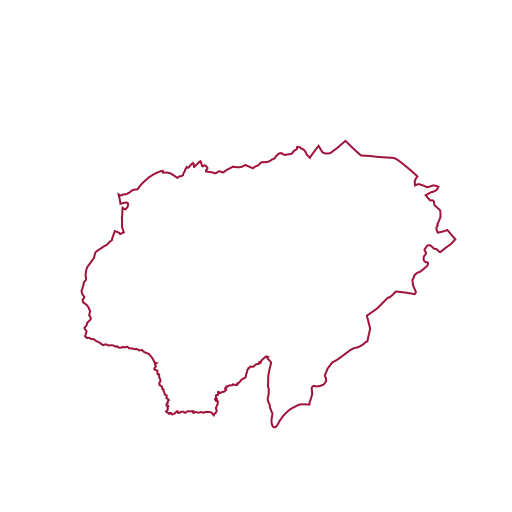 Tay Ninh, Tây Ninh, Vietnam, rotated 224°
{"feature_id": "81297802B48058598464830", "entity_name": "Tay Ninh", "entity_type": "district", "adm_level": 2, "iso_a3": "VNM", "parent_name": "Vietnam", "parent_adm1": "Tây Ninh", "projection": "mercator", "projection_center": [106.126, 11.366], "detail": "fine", "context": "isolated", "style": "outline", "palette": "rose", "viewbox_px": 512, "rotation_deg": 224, "n_neighbors": 0, "source": "geoboundaries", "source_scale": "gbopen_adm2", "svg_char_len": 6086}
<svg xmlns="http://www.w3.org/2000/svg" viewBox="0 0 512 512"><g transform="rotate(224 256 256)"><path d="M172.9,432.5L175.3,431.5L176.7,430.6L177.8,429.5L180.1,425.0L180.9,424.3L185.3,422.6L188.6,421.0L189.5,419.9L190.6,417.3L193.6,419.8L194.9,423.1L195.2,425.4L204.7,425.1L215.9,424.2L221.6,423.4L224.6,422.4L225.4,421.9L237.7,411.5L242.9,407.6L250.4,401.2L259.2,400.9L271.6,400.9L272.7,389.6L273.8,382.9L274.2,381.4L274.9,380.3L277.4,377.9L279.3,377.0L280.6,376.8L287.5,378.7L286.7,371.7L285.8,365.1L285.4,364.1L289.9,364.2L291.7,365.0L294.4,365.6L297.0,365.3L297.8,364.7L299.7,364.8L302.2,363.1L302.1,362.6L301.1,361.7L300.8,361.0L301.4,359.5L301.8,357.3L301.7,356.6L301.3,356.0L301.6,353.7L304.2,350.6L305.1,349.0L307.9,347.6L309.1,347.9L310.7,345.6L310.9,341.6L310.5,339.4L310.8,337.8L311.5,336.7L311.9,334.3L313.2,331.3L316.3,328.3L317.1,327.1L317.4,326.2L317.4,322.7L318.8,319.5L319.2,316.9L326.9,314.1L328.0,310.6L330.0,307.8L333.7,304.7L334.6,304.4L336.8,297.7L337.7,293.2L338.1,292.8L339.8,292.4L341.3,291.3L341.8,290.4L342.3,287.9L343.0,287.0L345.8,285.6L350.7,282.1L351.4,282.8L351.7,285.2L352.2,285.7L354.4,286.0L355.9,285.6L356.3,285.2L356.3,283.9L356.6,283.4L356.9,283.3L357.7,283.5L361.3,285.5L362.0,285.5L362.3,277.1L362.6,277.0L363.1,277.4L365.2,279.2L365.9,279.1L366.2,277.8L366.0,272.6L366.6,271.9L367.6,271.9L367.0,269.3L366.1,267.4L365.8,265.4L364.6,263.5L365.3,261.3L366.4,260.1L366.9,257.5L373.8,256.4L375.9,255.5L377.8,254.3L380.8,251.4L381.0,251.3L381.7,252.3L382.2,252.5L383.3,251.1L384.9,247.6L386.4,243.6L387.7,238.0L388.3,229.8L388.1,225.1L387.5,221.7L389.8,219.0L390.8,217.0L391.1,213.7L392.4,210.2L394.2,208.2L394.5,207.0L395.2,205.7L395.6,205.4L397.6,204.8L392.8,201.7L389.7,199.4L388.0,202.4L386.0,204.8L385.0,205.0L384.1,204.5L382.6,202.4L382.2,199.2L382.5,198.7L383.3,198.3L385.5,198.0L385.2,197.6L379.6,191.3L379.4,190.6L377.7,189.2L372.1,183.5L367.5,181.2L369.0,177.4L370.7,177.6L374.9,175.9L371.7,168.9L370.6,167.2L371.1,165.0L371.1,160.0L372.3,156.8L372.8,153.7L373.8,149.6L374.0,147.4L373.4,145.7L371.3,142.3L369.5,130.2L367.9,127.3L365.0,123.5L363.2,122.4L362.1,121.3L361.7,120.4L361.5,117.2L359.9,115.3L359.7,114.4L358.5,112.6L357.6,110.3L356.9,109.4L354.6,108.0L351.0,107.2L350.5,106.6L350.5,105.0L350.2,104.0L348.9,102.9L347.8,102.6L343.8,103.2L340.9,102.7L336.9,101.0L334.9,97.5L332.1,96.8L331.3,96.2L330.9,95.0L331.0,91.1L330.8,90.3L329.6,88.1L329.5,85.2L328.3,84.5L325.5,84.1L323.2,79.5L320.6,79.6L319.2,81.3L316.8,81.8L314.9,83.5L312.3,83.7L308.0,85.1L304.2,85.5L303.1,87.6L302.5,88.2L299.6,89.4L298.6,90.8L297.0,92.2L295.5,92.9L293.8,93.3L293.1,94.7L291.7,94.5L291.2,94.7L289.0,96.7L288.7,98.2L287.0,98.9L285.9,101.1L285.2,101.4L283.1,101.4L281.5,103.0L278.6,104.6L277.4,106.1L276.1,106.7L274.6,106.8L272.8,109.1L269.8,109.2L264.7,111.2L259.2,110.4L255.2,109.1L254.6,109.1L253.4,109.7L253.9,108.4L253.5,107.9L251.4,107.2L251.0,104.5L250.7,104.0L249.9,103.9L247.3,105.0L244.7,102.6L244.3,102.7L243.7,103.5L243.3,103.4L240.9,101.1L239.6,101.0L237.7,99.5L237.5,99.1L237.6,97.7L235.8,96.2L232.8,96.6L230.8,95.2L229.8,95.8L228.9,94.7L227.1,94.2L225.8,93.2L225.0,93.1L223.2,93.6L221.9,91.6L219.7,91.9L218.6,91.8L218.4,89.9L217.3,88.7L217.7,88.0L217.6,87.4L216.5,86.3L215.1,87.2L214.7,87.1L214.3,85.3L213.2,84.8L212.7,84.1L212.6,81.6L210.9,82.0L208.8,82.1L208.6,82.5L209.2,83.0L209.1,83.3L208.0,84.0L206.8,83.6L206.2,83.8L205.2,86.1L204.9,89.6L204.3,89.9L203.7,89.1L203.2,89.0L202.0,90.1L201.8,91.7L201.4,92.3L199.8,93.6L198.0,93.9L197.4,96.7L196.6,97.7L195.4,98.4L193.6,100.7L193.2,100.8L192.5,99.6L192.0,99.7L191.1,101.8L188.5,103.3L186.9,105.9L185.0,106.6L184.0,108.7L180.9,111.7L178.6,112.6L177.1,112.2L175.7,112.2L176.2,113.1L176.1,115.6L176.7,117.2L177.4,117.9L178.6,118.3L179.4,119.0L180.7,122.9L182.3,124.7L183.1,125.1L183.6,124.4L184.0,124.2L184.7,125.5L185.3,124.2L185.9,124.4L186.6,126.5L188.0,128.1L186.9,129.6L188.8,132.0L188.4,132.4L187.0,132.2L186.4,132.6L186.0,134.5L185.1,135.6L184.5,136.8L184.5,139.0L185.0,139.2L185.9,138.9L186.3,139.3L186.4,139.6L185.8,140.8L186.7,141.7L185.6,143.0L185.4,144.2L183.2,146.7L183.4,147.7L180.9,149.1L180.0,150.2L180.1,150.8L180.9,151.2L181.0,151.5L180.2,153.1L180.5,157.3L179.4,160.4L179.4,161.6L181.4,164.9L181.8,166.4L183.1,168.0L183.2,169.4L183.6,170.0L183.1,170.9L183.5,172.2L181.0,174.5L180.7,178.4L178.9,180.6L179.0,181.1L180.0,182.0L179.8,182.3L178.6,182.5L179.3,184.1L179.5,185.7L179.0,190.7L177.9,191.5L177.3,191.7L177.4,191.0L176.9,190.4L171.3,190.0L170.8,189.5L166.9,182.7L162.9,177.0L161.7,176.0L156.9,170.6L156.1,170.0L154.4,169.3L153.2,167.7L151.1,165.7L148.4,161.4L146.2,159.7L142.8,158.5L140.5,156.5L138.4,155.8L136.8,154.8L134.9,154.3L130.8,148.6L128.6,146.6L126.3,145.3L125.5,145.1L124.3,145.2L123.2,146.1L123.0,148.3L124.6,154.6L125.4,159.9L125.3,166.5L124.9,169.8L122.2,177.9L121.4,179.4L120.3,180.9L114.4,186.3L115.2,187.0L115.8,188.1L117.3,191.4L119.8,195.9L124.0,199.5L124.6,200.7L124.6,201.8L124.1,202.9L122.1,204.0L119.8,206.7L118.2,210.1L118.1,211.9L118.6,214.2L119.2,215.3L121.0,216.8L123.2,217.5L123.6,218.2L126.3,224.8L127.2,232.3L125.4,238.2L122.8,253.8L122.1,256.3L120.8,259.0L119.8,260.2L118.4,263.5L117.6,266.4L117.2,270.8L116.5,271.8L123.5,283.1L134.8,290.1L132.4,302.3L132.2,317.0L132.0,318.1L131.2,318.9L130.7,323.0L130.8,327.6L122.0,334.3L115.4,338.7L115.3,339.5L115.9,341.1L123.0,344.2L126.9,347.5L127.2,349.2L128.7,352.3L128.7,353.1L128.3,356.1L126.9,358.9L126.0,367.7L126.2,368.8L126.8,369.8L127.9,370.7L128.3,370.6L129.6,369.3L131.4,369.3L132.9,369.8L134.8,372.0L135.1,373.3L135.2,375.2L135.8,376.4L136.8,376.8L138.6,377.1L139.3,377.9L140.0,381.9L139.6,383.3L138.2,384.6L137.1,384.9L133.1,384.9L131.1,386.3L127.2,386.4L126.3,386.6L126.1,386.8L125.2,394.2L124.1,399.8L124.2,406.5L136.5,407.6L137.7,404.8L141.4,399.1L144.3,400.2L145.9,401.7L146.5,404.2L146.7,404.5L147.3,404.5L147.8,405.2L148.7,408.3L150.7,412.7L154.6,416.3L155.7,416.8L162.4,416.5L163.3,416.8L165.7,418.6L166.7,419.0L167.8,418.6L169.2,417.0L173.4,417.2L176.2,417.7L174.4,423.3L173.0,425.7L172.0,428.3L172.2,430.8L172.9,432.5Z" fill="none" stroke="#9f1239" stroke-width="2"/></g></svg>